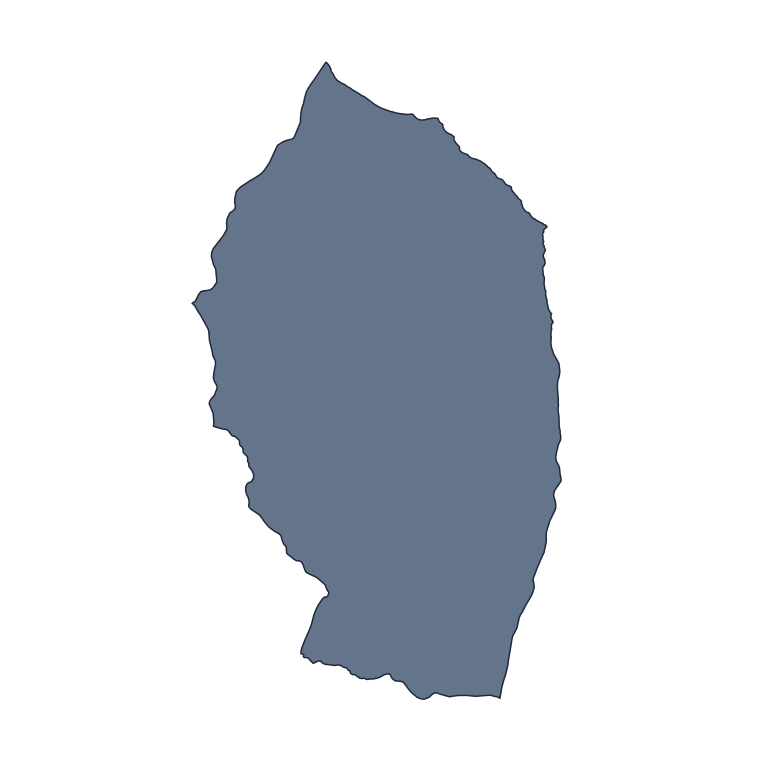 Maubara, Liquica, East Timor (orthographic projection), rotated 108°
{"feature_id": "22284137B70669575760565", "entity_name": "Maubara", "entity_type": "district", "adm_level": 2, "iso_a3": "TLS", "parent_name": "East Timor", "parent_adm1": "Liquica", "projection": "orthographic", "projection_center": [125.161, -8.678], "detail": "fine", "context": "isolated", "style": "filled", "palette": "slate", "viewbox_px": 768, "rotation_deg": 108, "n_neighbors": 0, "source": "geoboundaries", "source_scale": "gbopen_adm2", "svg_char_len": 6144}
<svg xmlns="http://www.w3.org/2000/svg" viewBox="0 0 768 768"><g transform="rotate(108 384 384)"><path d="M366.5,591.3L367.5,589.1L368.8,587.2L372.1,583.8L376.0,578.9L385.9,568.4L388.3,566.8L396.6,563.4L406.0,557.5L409.8,555.6L411.5,554.1L414.2,551.4L417.6,550.3L425.6,549.3L430.9,548.2L434.4,545.6L437.4,542.3L439.2,541.5L446.8,541.7L451.5,543.8L453.7,544.2L456.0,544.4L457.3,543.8L464.4,537.6L471.4,534.6L475.1,533.3L476.7,533.3L477.0,531.2L476.7,524.3L476.0,519.2L476.5,517.8L480.0,512.8L480.2,511.4L479.9,510.0L481.0,507.0L482.2,504.5L483.0,503.8L485.3,503.0L486.3,502.4L487.2,501.4L487.5,500.2L488.4,498.9L489.8,497.9L492.8,496.5L495.0,492.0L496.0,491.0L499.6,489.9L501.3,488.1L504.1,487.0L507.5,482.4L510.1,480.2L512.3,479.4L514.0,479.0L516.8,479.8L517.8,479.6L519.7,482.4L521.1,483.2L523.4,483.7L525.2,483.5L527.9,482.7L530.3,481.4L532.3,479.8L533.2,478.6L536.4,476.5L538.8,475.5L540.9,475.2L542.6,474.5L544.1,472.1L547.0,462.2L549.6,458.1L551.1,456.4L554.6,451.0L555.9,448.5L557.7,443.2L559.0,437.3L559.6,435.9L560.8,434.6L563.0,433.3L567.1,430.1L568.3,427.9L569.1,426.8L570.6,426.0L573.7,424.9L575.0,424.1L576.1,422.0L577.4,418.1L578.5,415.5L579.1,412.5L578.5,410.6L578.4,409.3L578.8,407.5L580.6,405.3L582.5,404.0L586.6,400.6L587.2,399.6L587.8,396.5L588.5,390.0L589.0,387.5L592.7,379.0L593.4,377.6L595.5,376.2L597.9,374.1L598.6,372.7L599.6,371.9L603.3,372.0L604.1,372.8L605.2,374.9L607.6,376.2L614.5,378.2L619.9,379.0L625.5,379.3L634.7,378.7L637.1,378.8L642.4,379.1L651.5,380.1L660.6,380.6L664.2,380.3L666.2,379.5L665.9,378.4L666.3,376.7L668.2,376.4L668.8,375.4L668.1,373.2L668.0,371.7L671.4,365.5L671.2,364.4L669.3,362.8L668.8,361.9L668.1,361.2L667.1,359.0L668.6,355.7L668.7,352.8L667.7,348.9L667.1,344.3L665.4,341.0L665.1,339.1L665.4,336.4L666.0,334.6L665.5,332.1L665.8,331.3L667.1,329.9L667.7,327.4L669.1,326.7L669.7,326.0L670.0,324.0L669.3,320.9L670.1,320.1L670.5,319.2L670.5,317.9L671.3,316.3L670.9,313.8L670.2,312.5L670.0,311.3L670.3,309.7L670.0,308.1L669.3,307.0L667.5,302.4L664.9,298.1L660.4,293.9L658.3,290.6L658.3,288.5L660.7,286.3L661.8,284.7L662.6,282.6L662.7,280.7L662.3,279.4L661.5,275.1L661.8,273.2L667.4,265.2L669.2,262.1L671.7,255.7L672.0,252.4L671.7,249.7L671.0,247.8L669.9,246.7L669.1,245.4L667.5,244.0L664.2,242.2L662.1,240.2L661.7,239.4L661.5,237.9L661.6,233.3L661.2,224.8L660.0,222.8L657.4,217.4L654.7,209.5L652.7,200.4L647.1,186.8L646.9,182.1L646.5,180.1L647.0,176.7L635.3,178.3L628.0,178.6L623.0,178.5L612.5,179.4L609.5,180.1L585.3,183.7L583.8,183.7L576.4,182.4L574.7,182.2L564.4,183.2L561.2,182.8L557.9,181.9L550.4,180.8L541.6,178.8L538.6,178.3L533.9,178.1L531.6,178.2L529.3,178.9L524.9,181.3L523.6,181.9L522.1,182.0L515.8,181.6L512.7,181.6L506.1,180.9L503.8,180.9L494.6,179.7L492.1,180.1L487.4,180.5L484.2,181.0L481.9,181.5L478.5,182.8L474.1,183.9L462.9,184.0L450.7,182.3L449.2,182.4L447.4,182.8L444.4,184.0L442.1,185.2L438.3,187.9L436.7,188.5L435.1,188.7L433.3,188.8L431.6,188.6L422.7,185.9L420.9,185.8L419.8,186.2L414.2,189.2L409.7,191.1L407.3,192.9L404.9,195.5L403.5,196.6L401.0,198.0L394.7,199.0L392.2,199.0L388.6,199.4L386.3,199.3L383.4,198.8L380.5,199.3L378.8,199.9L376.6,201.2L373.8,202.2L370.2,204.3L361.3,207.4L354.9,210.5L350.4,211.5L347.4,212.7L345.0,213.4L338.3,216.1L336.2,217.1L332.4,218.5L327.3,219.7L322.1,219.8L318.9,220.4L316.8,221.0L310.3,224.1L302.9,232.1L297.6,235.9L295.4,237.1L293.0,238.1L288.0,239.3L286.5,240.2L284.7,240.6L282.9,241.3L280.1,241.4L279.1,242.1L275.8,243.0L274.4,242.9L273.9,242.3L273.4,242.2L273.0,242.8L272.2,242.8L271.8,243.2L271.6,243.9L268.9,245.9L265.8,246.7L265.3,246.4L264.7,247.7L262.1,250.6L256.5,253.9L255.8,254.3L254.4,254.6L253.8,255.2L252.4,255.8L252.3,256.1L248.5,258.2L245.5,258.9L244.5,260.1L242.2,261.3L241.2,261.6L239.9,262.6L233.7,264.2L232.9,264.7L231.4,266.0L228.3,267.4L226.8,267.9L225.5,268.7L223.9,268.9L221.8,268.3L219.7,268.1L218.3,268.5L217.3,269.1L215.5,269.9L214.7,271.2L212.6,272.3L210.1,272.3L206.7,271.8L204.3,274.0L202.9,274.5L202.4,275.5L201.4,276.2L200.9,276.3L199.2,276.1L196.9,277.7L194.3,278.4L193.3,279.4L191.5,279.4L189.8,279.0L189.1,279.6L188.2,279.7L187.5,279.5L185.0,277.9L184.3,277.6L183.6,278.0L183.5,278.7L182.9,279.5L183.0,280.8L182.3,282.6L181.8,286.9L181.3,288.4L181.2,289.8L180.2,292.0L180.5,293.4L178.5,296.5L177.1,297.9L176.4,299.0L176.5,301.4L175.5,303.6L173.0,306.8L171.1,307.8L170.1,308.9L167.7,309.9L166.8,311.4L166.1,313.6L164.1,315.8L163.6,317.5L162.5,318.7L161.2,321.0L160.4,321.8L159.9,322.7L157.9,323.5L157.3,324.0L156.8,325.7L156.9,327.3L156.4,329.9L155.4,331.4L154.5,332.4L153.2,334.6L153.0,339.3L152.0,341.1L149.7,343.7L148.6,347.1L147.2,348.4L146.1,350.0L145.5,352.3L144.4,354.1L143.3,357.0L143.0,358.9L142.2,360.9L141.8,365.3L142.1,370.6L141.5,373.0L140.0,375.4L139.9,380.1L139.2,382.8L138.6,383.8L137.6,384.7L135.6,385.3L135.0,385.7L132.7,389.9L130.2,392.9L127.2,393.8L126.2,396.8L125.6,401.0L124.7,403.7L124.0,404.8L122.4,406.5L120.8,407.6L119.0,408.4L117.9,411.5L117.1,412.7L116.4,413.5L115.2,414.3L114.8,414.9L114.8,415.8L116.1,420.1L117.9,423.0L118.3,424.4L120.1,426.5L120.4,427.6L121.3,429.3L121.5,430.0L121.7,433.1L121.6,434.0L120.9,436.0L118.9,439.3L118.6,440.6L118.6,441.0L119.9,443.6L120.7,446.0L122.3,454.5L122.8,463.4L122.4,472.7L121.1,479.0L116.9,491.2L116.4,495.1L115.6,497.3L113.9,505.0L113.0,507.2L112.7,510.1L111.4,513.8L111.0,517.4L109.7,522.3L107.5,525.7L104.8,528.3L103.4,530.4L102.7,531.0L100.9,531.9L98.2,534.5L96.4,537.3L96.0,538.7L116.3,544.5L120.8,546.0L125.6,547.3L130.3,548.1L137.2,547.8L141.8,547.2L147.3,547.4L151.5,546.8L157.1,545.5L160.7,544.4L176.3,545.6L178.7,546.4L180.1,548.0L181.8,551.1L184.9,554.9L189.2,558.5L190.9,559.2L208.3,561.2L217.3,563.7L220.9,565.2L224.0,567.3L228.4,570.9L232.6,574.7L240.8,581.2L244.5,583.1L246.7,583.9L253.6,583.2L255.8,582.7L258.2,581.8L260.3,580.5L261.8,580.1L263.7,580.1L265.4,580.7L268.4,583.0L269.5,583.6L274.6,584.2L276.3,584.2L279.8,583.4L282.5,582.2L285.1,581.4L287.2,581.6L292.9,582.8L308.0,588.2L312.4,588.5L316.2,587.5L322.9,583.2L326.7,579.6L338.0,574.7L339.3,574.6L345.6,576.4L348.0,578.3L349.6,580.9L351.3,584.7L352.9,586.8L355.9,587.9L363.4,589.0L366.5,591.3Z" fill="#64748b" stroke="#1e293b" stroke-width="1.5"/></g></svg>